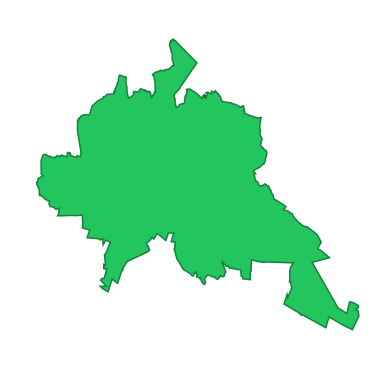 outline of Zempoala, Hidalgo, Mexico, rotated 174°
{"feature_id": "50627088B89511183643181", "entity_name": "Zempoala", "entity_type": "district", "adm_level": 2, "iso_a3": "MEX", "parent_name": "Mexico", "parent_adm1": "Hidalgo", "projection": "equal_earth", "projection_center": [-98.684, 19.926], "detail": "fine", "context": "isolated", "style": "filled", "palette": "green", "viewbox_px": 384, "rotation_deg": 174, "n_neighbors": 0, "source": "geoboundaries", "source_scale": "gbopen_adm2", "svg_char_len": 6094}
<svg xmlns="http://www.w3.org/2000/svg" viewBox="0 0 384 384"><g transform="rotate(174 192 192)"><path d="M152.0,103.4L150.5,102.4L150.7,100.4L143.2,98.7L142.2,107.0L141.6,107.0L139.9,118.2L133.1,115.8L129.6,115.2L129.4,114.7L127.4,114.5L126.3,114.8L98.5,110.9L102.1,106.5L103.0,102.8L104.1,93.9L104.5,92.4L103.5,92.6L102.8,86.2L107.8,77.2L108.1,80.2L112.2,71.0L97.4,60.0L97.1,59.7L97.4,59.1L96.2,58.3L96.1,59.0L73.1,43.1L68.8,53.4L55.5,43.7L46.9,38.3L39.0,51.1L39.1,56.3L40.8,57.6L41.0,58.1L41.4,58.1L41.2,58.5L39.0,59.3L38.3,60.0L38.6,61.8L42.2,64.6L46.7,66.4L50.7,55.1L58.9,61.4L79.9,109.5L62.1,112.3L69.7,120.1L72.8,122.6L68.8,128.7L72.0,136.6L81.4,145.7L82.5,145.5L84.5,146.4L86.4,147.9L87.5,149.2L89.5,150.9L90.8,153.0L92.5,155.1L93.5,157.0L94.0,157.3L94.5,159.6L95.4,160.4L96.4,160.8L97.5,162.2L98.7,163.0L98.9,162.9L102.5,164.8L100.1,167.7L102.9,170.2L111.6,176.9L111.5,179.5L112.3,181.8L112.9,182.2L113.6,186.0L114.3,186.4L114.7,187.1L114.7,188.8L115.1,189.7L116.7,190.6L117.2,191.3L117.9,191.5L118.7,192.4L119.8,191.8L120.5,190.9L121.7,191.2L123.7,190.9L124.4,191.2L125.1,193.6L126.0,195.5L126.6,196.1L127.6,196.5L128.0,198.7L128.0,201.5L128.5,201.9L128.8,202.6L128.6,203.3L127.8,203.7L126.8,203.5L127.0,204.1L128.0,204.9L128.8,205.9L128.0,206.9L125.9,208.1L125.0,208.3L124.4,208.7L123.6,208.7L122.6,209.8L121.3,209.8L120.2,211.5L119.5,211.5L118.3,212.2L117.6,212.3L116.9,214.1L116.3,214.3L116.0,215.0L115.5,217.3L114.7,218.8L113.5,222.7L114.0,225.6L114.8,225.1L116.7,228.4L119.1,230.9L118.4,232.6L118.0,234.8L116.8,237.1L117.0,238.5L117.4,239.4L117.7,239.5L117.9,240.8L118.2,241.0L118.2,242.2L118.5,243.3L117.7,244.7L117.8,249.5L117.1,253.6L116.2,256.2L116.2,257.0L115.8,257.5L115.6,259.0L116.8,258.6L118.0,258.7L120.2,259.2L127.3,262.4L131.4,264.7L131.1,266.4L131.7,266.5L131.3,268.8L132.0,269.0L131.7,272.0L131.9,272.1L132.8,272.4L133.8,271.5L135.6,271.7L139.8,274.8L142.1,275.3L142.8,275.9L143.1,276.4L152.4,278.7L153.3,281.2L153.8,283.7L154.2,284.1L154.9,285.7L156.7,288.1L156.9,288.0L158.2,290.3L159.8,288.5L161.8,290.3L162.9,287.6L166.1,289.6L167.7,289.3L166.5,287.9L167.6,285.4L169.5,287.7L170.2,287.2L168.0,284.6L168.4,283.7L170.8,286.5L171.2,286.1L172.1,284.0L177.7,290.1L182.2,293.7L184.2,294.8L186.0,294.7L186.7,294.5L186.5,292.2L187.3,289.9L188.3,288.7L189.0,287.5L188.4,287.0L189.3,285.9L189.9,282.7L190.6,281.0L194.2,280.5L195.4,280.0L195.7,279.4L196.9,278.5L198.6,277.7L198.6,278.1L198.9,278.0L199.4,279.2L199.1,279.6L199.6,280.5L199.1,281.0L199.4,283.8L199.1,285.9L199.5,286.2L199.4,287.8L200.0,288.4L199.6,289.7L199.8,290.5L193.6,296.0L192.6,297.7L173.6,319.9L192.4,343.6L192.5,344.2L192.9,344.4L193.1,344.2L194.3,345.7L194.9,344.8L195.7,345.7L196.8,343.5L197.5,344.5L199.1,340.8L198.2,335.7L197.6,335.4L198.2,334.4L197.3,331.3L197.9,325.5L197.2,323.1L196.8,319.5L197.8,319.7L198.3,319.2L199.6,318.8L200.8,317.4L201.8,316.7L202.6,316.9L203.9,316.3L205.1,316.4L206.5,315.4L206.8,315.5L207.0,316.1L207.7,315.6L209.6,315.9L210.6,316.4L211.0,315.9L211.1,316.1L212.9,315.3L215.8,314.9L219.1,312.9L217.7,310.5L217.5,307.5L217.4,302.6L217.9,299.2L217.8,297.9L218.0,295.0L218.5,295.4L218.5,295.1L219.6,293.7L219.8,292.9L221.0,292.0L221.1,292.4L221.5,292.1L221.1,291.7L222.1,290.1L222.8,292.2L223.0,293.0L222.7,294.3L223.4,295.2L223.2,296.0L224.5,296.7L225.1,296.0L225.5,296.4L225.9,296.1L226.9,297.4L227.0,297.1L228.2,298.2L228.4,297.8L229.0,298.4L229.1,298.0L231.8,300.2L233.5,299.1L234.7,297.3L236.1,297.1L236.4,297.4L238.6,298.0L239.7,297.7L240.1,294.6L243.6,292.6L245.3,292.1L245.5,293.7L245.8,294.9L246.1,299.0L246.1,300.8L245.7,302.4L246.4,307.0L246.2,309.3L245.4,313.0L251.9,315.8L253.5,311.8L253.9,308.7L254.9,308.3L256.2,304.7L257.6,302.6L259.3,299.3L258.4,299.1L259.4,298.1L259.8,297.8L261.2,297.7L266.2,298.0L268.6,296.1L269.9,296.1L270.0,295.0L276.9,292.0L282.5,287.8L285.8,279.4L288.2,279.6L289.4,280.1L291.7,280.0L293.8,279.5L296.1,277.3L296.7,277.5L297.2,275.3L298.2,275.5L299.3,267.4L299.5,262.7L299.0,257.5L298.3,243.6L298.4,242.0L299.8,238.8L302.4,240.2L303.1,238.5L309.0,241.0L308.7,243.2L310.4,244.2L310.7,243.7L311.6,244.2L311.9,243.1L311.9,242.6L312.2,242.1L312.8,240.0L318.3,242.4L318.7,241.5L319.2,241.0L322.3,242.3L323.8,241.2L324.4,240.4L325.5,241.0L327.7,241.1L328.4,241.3L329.5,242.4L330.3,242.3L331.9,243.2L333.3,244.6L333.8,244.7L335.4,244.3L336.1,244.5L338.8,239.1L340.1,225.5L338.2,223.8L343.4,221.6L343.9,220.4L344.5,217.9L345.5,217.9L345.7,215.8L344.8,214.1L344.6,213.0L344.1,212.2L344.0,211.4L343.8,209.7L344.0,204.5L343.0,204.2L342.4,204.7L340.5,202.2L338.5,199.9L336.3,198.8L336.3,198.3L334.7,198.1L335.0,196.2L335.6,195.1L334.9,193.7L334.7,192.4L333.6,192.0L333.0,192.1L331.3,191.3L329.9,190.1L329.6,189.3L329.2,189.4L328.5,189.0L325.9,189.9L326.8,184.2L328.1,182.4L323.5,181.9L315.4,181.4L309.5,180.6L303.5,180.5L304.1,170.4L304.8,167.8L297.7,164.7L301.1,157.5L289.8,155.3L288.5,153.9L285.8,154.8L285.8,148.7L282.9,153.1L278.4,150.6L284.0,140.1L285.6,138.8L285.6,129.0L285.9,128.2L287.3,129.2L287.7,124.9L285.1,124.7L285.6,123.6L285.0,123.3L288.5,115.3L289.6,115.4L291.1,115.1L292.1,113.8L287.0,107.1L293.2,107.9L291.1,105.3L285.9,101.6L280.5,113.7L275.6,108.9L270.6,119.9L268.6,122.2L269.1,123.0L263.6,129.7L242.5,137.1L240.3,138.5L241.5,143.2L242.0,143.0L242.7,145.7L238.0,148.9L238.1,149.3L236.7,151.0L235.0,149.2L233.1,151.4L232.2,153.0L230.5,154.2L223.2,146.6L223.3,146.0L219.7,153.8L214.4,153.0L217.9,144.8L214.7,144.0L214.0,144.1L215.3,136.3L215.6,136.5L213.9,126.9L212.4,124.1L208.8,115.9L201.7,110.6L200.8,108.6L199.5,108.5L198.7,109.2L198.4,111.2L197.6,110.9L196.7,112.2L196.4,112.0L195.6,108.8L196.4,107.1L193.2,105.7L193.4,105.0L193.2,104.8L192.6,104.6L192.5,105.0L192.2,104.3L192.1,102.7L190.8,100.1L189.6,98.8L189.1,98.9L188.0,100.4L188.5,103.3L188.5,104.3L188.2,105.0L185.0,107.9L177.1,103.9L176.9,103.0L175.9,102.5L175.2,102.7L174.5,103.3L172.3,105.8L171.5,105.0L170.7,104.6L169.4,104.6L168.8,104.9L168.0,107.2L166.7,108.9L169.7,120.4L165.6,114.4L163.5,114.8L163.1,112.8L162.9,112.5L160.7,112.1L159.6,111.6L159.1,111.8L158.4,111.2L151.5,109.3L152.0,103.4Z" fill="#22c55e" stroke="#15803d" stroke-width="1.5"/></g></svg>